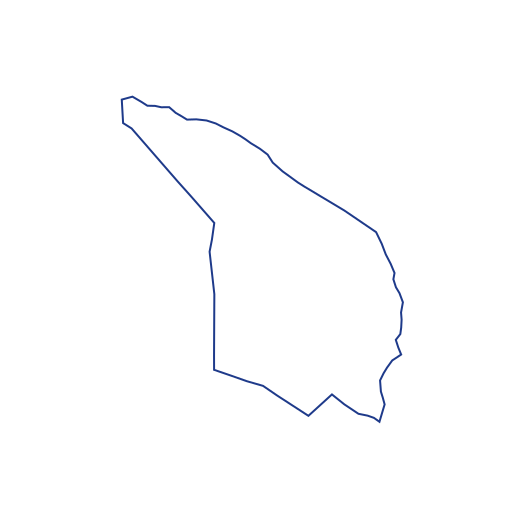 outline of Governador Mangabeira, Bahia, Brazil, rotated 49°
{"feature_id": "56859067B50900634198683", "entity_name": "Governador Mangabeira", "entity_type": "district", "adm_level": 2, "iso_a3": "BRA", "parent_name": "Brazil", "parent_adm1": "Bahia", "projection": "orthographic", "projection_center": [-39.08, -12.588], "detail": "fine", "context": "isolated", "style": "outline", "palette": "blue", "viewbox_px": 512, "rotation_deg": 49, "n_neighbors": 0, "source": "geoboundaries", "source_scale": "gbopen_adm2", "svg_char_len": 1017}
<svg xmlns="http://www.w3.org/2000/svg" viewBox="0 0 512 512"><g transform="rotate(49 256 256)"><path d="M49.9,254.7L68.5,269.1L78.1,266.2L96.1,266.2L116.4,266.2L147.9,266.2L168.6,265.9L203.7,265.8L214.8,278.6L222.3,288.2L257.5,312.5L303.4,352.8L314.4,362.3L329.6,353.5L344.4,345.1L358.6,335.9L375.1,331.6L411.0,321.3L410.3,289.5L425.8,286.7L442.3,282.2L449.7,276.5L455.5,273.2L462.1,271.6L452.4,256.3L446.2,253.3L440.3,250.7L431.3,244.0L428.2,236.6L426.2,230.3L424.2,221.7L425.6,211.1L418.3,208.6L411.0,205.5L409.6,198.3L405.3,193.4L399.6,187.9L393.8,183.6L387.3,175.5L378.2,172.1L371.4,170.9L363.7,167.6L359.7,162.6L350.3,159.5L339.9,157.0L329.3,153.1L316.8,149.7L279.6,159.5L235.5,173.9L228.2,176.1L209.6,180.4L196.5,182.1L187.1,180.7L177.6,182.7L167.5,185.9L161.0,187.4L154.7,189.2L146.4,192.1L137.5,196.2L129.6,199.4L121.3,204.4L113.7,211.4L107.8,218.6L101.4,220.6L95.3,222.7L86.7,223.9L81.6,229.9L76.5,233.7L71.3,239.4L64.4,241.4L54.7,244.7L49.9,254.7Z" fill="none" stroke="#1e3a8a" stroke-width="2"/></g></svg>